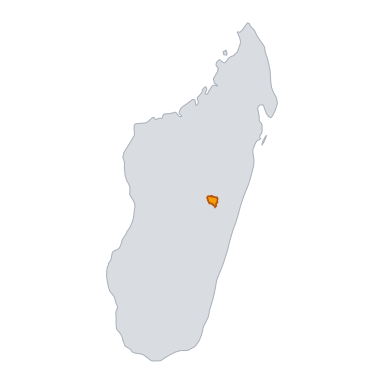 location of Andramasina, Analamanga, Madagascar
{"feature_id": "10022922B11040894453097", "entity_name": "Andramasina", "entity_type": "district", "adm_level": 2, "iso_a3": "MDG", "parent_name": "Madagascar", "parent_adm1": "Analamanga", "projection": "mercator", "projection_center": [47.78, -19.337], "detail": "fine", "context": "in_parent", "style": "filled", "palette": "amber", "viewbox_px": 384, "rotation_deg": 0, "n_neighbors": 0, "source": "geoboundaries", "source_scale": "gbopen_adm2", "svg_char_len": 5575}
<svg xmlns="http://www.w3.org/2000/svg" viewBox="0 0 384 384"><path d="M255.1,31.6L256.2,34.1L257.4,36.5L261.4,42.4L263.1,44.7L264.5,47.1L265.2,51.9L267.7,59.4L270.1,70.6L270.8,82.2L271.6,87.5L273.4,92.5L276.4,97.7L277.4,103.5L275.6,109.5L272.9,115.1L272.2,116.2L270.9,117.6L270.4,117.6L268.2,116.1L266.5,113.7L264.3,108.1L263.5,105.3L262.5,104.8L259.9,105.1L258.1,106.8L257.7,108.0L258.1,111.1L258.8,114.0L259.2,116.8L259.2,120.5L259.9,121.6L260.9,122.5L262.0,124.9L262.2,130.6L261.5,133.4L259.7,135.9L259.8,137.3L260.5,138.7L259.8,139.5L257.4,140.6L256.4,141.5L255.1,144.1L253.0,149.2L252.7,151.8L254.0,159.8L253.7,165.5L250.9,176.4L249.4,181.6L247.2,187.8L243.8,196.0L240.4,206.3L237.6,216.9L235.5,223.3L233.1,229.6L229.8,240.8L227.0,252.1L222.9,264.7L217.2,278.8L216.6,280.6L215.4,287.8L214.1,294.1L212.6,300.3L209.4,310.6L209.0,313.8L208.3,316.8L205.2,323.3L203.9,325.7L203.0,328.3L202.4,331.6L201.5,334.7L199.3,340.5L195.9,345.5L193.6,347.3L188.7,350.0L186.1,350.5L180.6,350.6L175.2,352.1L169.6,355.0L164.2,358.3L162.1,359.9L159.8,360.8L152.7,361.0L150.5,360.2L143.4,354.8L140.6,353.9L135.4,353.1L133.8,352.7L132.3,351.9L130.2,349.1L126.0,346.7L125.0,345.9L124.3,344.3L123.9,342.5L122.8,340.5L122.0,336.7L120.6,334.0L116.8,329.3L116.4,327.8L116.0,322.9L116.2,319.5L115.8,313.4L116.2,310.5L117.6,307.9L117.0,305.1L115.6,302.2L115.0,299.1L114.0,296.4L109.9,291.4L109.0,288.9L108.3,286.4L106.8,278.5L106.6,275.7L106.8,270.0L107.4,267.0L108.4,264.9L108.6,263.4L109.3,262.0L110.2,261.0L110.9,259.7L112.4,252.3L114.3,250.7L117.1,249.7L119.4,247.8L120.7,245.2L122.1,239.9L125.6,234.6L126.9,231.8L129.8,227.6L132.4,221.7L133.2,218.9L133.7,216.1L134.4,209.9L134.9,206.8L134.8,203.7L133.3,200.6L129.8,194.8L129.7,193.8L130.0,189.5L129.7,186.5L128.4,183.4L126.7,180.6L125.1,175.2L124.3,166.4L124.5,163.2L124.0,160.3L122.8,157.6L123.7,152.9L134.1,135.9L134.5,133.9L134.0,128.7L134.2,125.7L134.6,124.6L135.4,123.9L137.2,123.6L145.6,122.9L146.7,122.4L148.8,120.9L151.7,118.2L153.1,117.4L154.2,117.7L154.9,118.9L155.9,119.5L159.3,118.2L160.6,118.2L161.9,118.4L162.6,117.3L162.9,115.7L163.4,114.6L164.3,114.0L168.7,113.7L171.5,113.2L175.2,112.2L175.9,112.4L178.9,116.2L179.7,116.6L180.9,116.7L181.9,116.0L179.5,114.0L179.1,112.9L179.3,111.6L180.5,108.8L182.7,106.6L187.4,103.4L192.3,99.7L193.7,99.4L194.9,100.0L195.8,104.4L195.7,105.1L196.5,105.2L197.4,104.7L198.2,102.9L198.3,101.4L197.6,100.0L197.3,98.8L197.3,97.7L199.7,95.1L201.7,92.7L202.6,89.7L203.4,88.3L205.5,86.8L206.1,87.0L206.5,88.3L206.8,89.6L206.3,90.9L205.5,92.2L205.2,94.0L206.4,94.3L207.5,93.9L209.1,90.7L210.9,87.8L212.0,86.2L213.4,85.2L215.7,85.4L217.9,86.1L214.3,82.9L213.4,78.7L217.7,71.3L217.7,69.7L218.3,69.3L218.6,68.7L216.4,66.2L216.0,65.0L216.3,63.1L217.3,61.4L218.3,60.3L219.7,59.8L220.7,60.5L223.1,62.5L224.8,62.8L226.7,60.8L228.3,58.4L230.7,56.7L233.4,55.7L237.5,51.8L240.2,43.8L240.5,41.4L239.9,38.6L238.9,35.9L237.3,32.5L237.7,31.8L240.0,32.2L240.7,31.7L243.2,28.8L247.3,23.0L248.6,23.1L249.7,24.1L250.2,25.7L251.0,26.8L253.7,29.5L255.1,31.6ZM226.8,54.2L226.8,55.1L223.7,54.7L223.2,51.6L224.8,51.5L225.1,50.3L226.0,50.1L227.0,52.8L226.8,54.2ZM264.5,140.9L261.8,145.4L262.6,141.6L265.7,136.1L266.5,135.7L264.5,140.9Z" fill="#d9dde1" stroke="#a8b0b8" stroke-width="1"/><path d="M210.1,196.2L210.0,196.3L209.9,196.6L209.6,196.6L209.2,196.4L208.9,196.3L208.6,196.4L208.4,196.3L208.4,196.2L208.1,196.3L207.9,196.3L207.6,196.5L207.3,196.8L207.2,197.0L207.1,197.3L207.0,197.8L207.1,198.4L207.2,198.5L207.3,198.5L207.5,198.6L207.8,198.9L207.8,199.0L207.9,199.3L208.0,199.6L207.9,199.6L207.8,199.9L207.8,200.0L207.7,200.1L207.8,200.3L208.0,200.4L208.1,200.5L208.2,200.8L208.1,201.0L208.2,201.3L208.3,201.4L208.4,201.6L208.5,201.6L208.5,201.8L208.6,202.0L208.8,202.4L208.9,202.5L209.0,202.8L209.2,202.6L209.3,202.6L209.5,202.6L209.5,202.9L209.6,203.0L209.9,203.2L209.9,203.3L210.1,203.4L210.1,203.5L210.3,203.4L210.6,203.5L210.8,203.6L211.0,203.5L211.3,203.6L211.6,203.6L211.8,203.5L211.8,203.8L211.9,204.1L212.0,204.1L212.3,204.0L212.5,204.2L212.7,204.3L212.8,204.5L212.8,204.8L213.0,204.9L213.2,205.0L213.3,205.0L213.4,204.9L213.2,204.8L213.2,204.7L213.3,204.6L213.5,204.7L213.6,204.8L213.6,205.0L213.7,205.3L213.6,205.5L213.8,205.6L214.0,205.8L214.3,205.9L214.3,206.0L214.5,206.2L214.5,206.3L214.6,206.5L214.7,206.8L214.8,206.8L215.0,206.9L215.3,206.9L215.3,207.0L215.4,206.9L215.3,206.7L215.3,206.4L215.5,206.3L215.7,206.1L215.8,206.1L216.0,206.1L216.3,206.0L216.4,205.9L216.4,205.7L216.3,205.4L216.2,205.2L216.1,204.8L216.0,204.7L216.0,204.4L216.0,204.2L215.9,204.1L215.9,203.9L216.0,203.9L216.2,203.7L216.3,203.6L216.2,203.5L216.2,203.4L216.3,203.3L216.3,203.2L216.5,203.1L216.7,202.9L216.8,202.9L217.0,202.8L217.0,202.7L217.3,202.6L217.2,202.4L217.3,202.2L217.5,202.0L217.4,201.8L217.3,201.7L217.4,201.4L217.4,201.1L217.4,200.7L217.3,200.4L217.3,200.2L217.4,199.9L217.4,199.7L217.5,199.6L217.6,199.4L217.6,199.2L217.6,198.9L217.7,198.7L217.5,198.4L217.4,198.4L217.2,198.4L217.1,198.2L217.1,197.8L217.1,197.7L217.2,197.4L216.9,197.3L216.4,197.2L216.3,197.3L216.2,197.4L215.8,197.5L215.7,197.4L215.4,197.3L215.1,197.3L215.1,197.2L214.9,197.2L214.7,197.2L214.6,196.9L214.4,196.9L214.2,196.9L214.0,196.7L213.9,196.7L213.7,196.5L213.7,196.4L213.7,196.5L213.4,196.5L213.2,196.6L213.0,196.8L212.9,196.7L212.6,196.7L212.5,196.8L212.4,196.8L212.4,196.7L212.2,196.6L212.1,196.3L212.1,196.2L212.2,195.9L211.9,195.8L211.8,196.1L211.7,196.3L211.4,196.6L211.2,196.5L210.9,196.3L210.9,196.2L210.8,195.9L210.7,195.9L210.6,196.0L210.4,196.2L210.2,196.1L210.1,196.2Z" fill="#f59e0b" stroke="#b45309" stroke-width="1.5"/></svg>